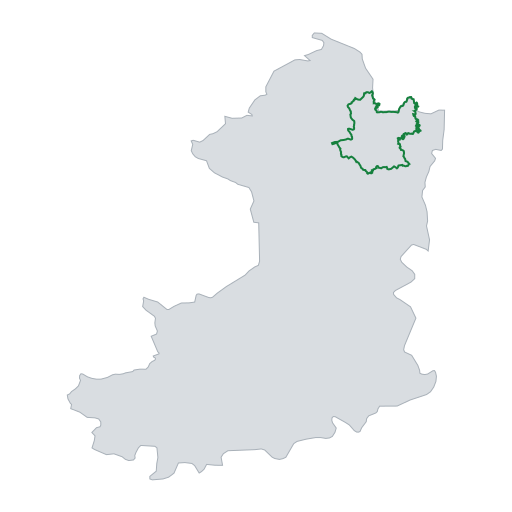 location of Gaoual, Gaoual, Guinea, rotated 89°
{"feature_id": "49546643B28661548838550", "entity_name": "Gaoual", "entity_type": "district", "adm_level": 2, "iso_a3": "GIN", "parent_name": "Guinea", "parent_adm1": "Gaoual", "projection": "natural_earth1", "projection_center": [-13.638, 11.692], "detail": "fine", "context": "in_parent", "style": "outline", "palette": "green", "viewbox_px": 512, "rotation_deg": 89, "n_neighbors": 0, "source": "geoboundaries", "source_scale": "gbopen_adm2", "svg_char_len": 9551}
<svg xmlns="http://www.w3.org/2000/svg" viewBox="0 0 512 512"><g transform="rotate(89 256 256)"><path d="M321.2,358.3L316.5,357.6L314.5,358.6L308.3,366.9L304.6,370.2L298.9,369.1L296.9,369.7L295.3,368.8L297.4,364.2L300.3,355.1L307.9,346.0L308.0,344.1L304.9,338.8L301.7,331.5L301.7,323.7L301.0,318.1L294.3,316.5L293.1,315.6L292.9,313.7L296.7,304.0L297.0,302.0L296.5,300.2L292.4,295.3L286.0,286.1L274.9,267.2L270.8,263.2L266.9,257.4L265.4,253.8L261.3,252.5L222.9,252.7L222.2,257.6L209.0,260.9L200.9,257.1L191.8,259.3L187.4,261.9L184.0,272.9L182.1,275.2L180.2,280.2L178.4,282.9L176.4,288.3L172.1,296.1L167.6,301.1L159.9,303.8L157.5,312.0L155.7,315.0L152.8,317.4L149.6,318.9L143.3,317.3L139.8,318.8L139.2,316.8L141.2,310.3L139.6,306.9L133.6,300.2L133.0,297.0L131.1,292.8L123.2,284.2L115.8,284.7L117.9,277.5L117.8,267.9L115.2,262.6L115.9,257.3L114.5,257.6L112.0,261.3L108.0,260.1L99.9,254.4L95.9,248.9L95.4,244.1L94.5,242.3L92.0,243.3L87.0,243.2L71.5,234.8L60.6,213.7L60.3,208.9L61.9,200.7L61.5,198.5L56.5,204.0L55.5,200.3L51.7,191.8L50.6,187.0L46.9,184.8L43.9,184.4L41.6,186.0L38.6,195.9L36.4,195.9L34.0,193.8L34.5,186.4L40.5,177.1L50.4,153.8L54.0,148.4L56.2,146.5L60.9,146.3L70.1,143.2L81.3,135.9L89.9,136.5L100.1,135.6L113.3,130.6L113.4,114.9L113.0,111.4L108.3,108.3L105.6,105.6L103.2,102.1L100.3,99.6L100.4,97.0L106.3,93.7L111.7,93.7L113.5,92.4L114.8,90.2L116.3,84.5L116.9,78.6L113.3,70.6L113.5,64.9L132.9,65.7L143.6,67.3L152.3,67.7L153.7,69.0L152.5,74.5L153.6,77.8L156.6,78.6L161.5,74.8L164.0,75.7L169.5,80.4L174.5,81.7L180.1,84.3L185.3,85.8L189.9,85.6L193.4,88.3L199.9,89.1L208.2,85.7L214.8,84.2L224.0,83.8L228.9,85.0L242.9,82.2L254.0,83.8L252.3,85.6L247.2,98.2L247.8,100.4L259.1,111.0L261.8,111.8L264.8,110.4L269.7,105.4L273.5,100.1L277.1,97.6L281.4,97.7L284.8,101.5L292.9,117.2L294.9,119.2L296.8,119.1L300.3,116.2L302.1,112.8L309.5,102.4L320.9,97.2L348.2,109.1L352.3,110.0L354.6,109.1L358.0,102.1L368.2,96.1L373.2,94.4L376.0,94.2L377.0,92.3L377.5,89.4L377.0,86.4L373.8,81.1L373.7,79.5L375.5,78.5L379.4,77.7L384.5,78.3L390.2,80.6L394.8,83.9L397.5,87.9L402.7,104.5L408.5,117.5L408.3,135.0L410.9,136.7L413.7,137.5L415.0,138.9L417.8,146.1L420.5,148.2L423.6,148.7L429.5,153.3L433.3,155.1L433.9,156.5L433.8,158.4L432.3,160.8L426.6,165.6L423.8,169.8L418.0,179.7L417.9,181.5L419.1,182.8L421.5,183.1L424.1,182.4L429.4,178.8L433.6,180.1L437.7,182.8L439.2,185.7L439.6,189.4L438.7,194.3L438.6,199.7L440.0,209.0L442.1,218.2L444.2,221.5L457.8,229.7L459.1,232.7L459.8,236.1L458.8,240.8L457.4,243.4L450.1,250.7L449.0,254.1L449.6,260.5L450.2,287.5L453.1,292.1L456.6,294.4L464.7,293.1L464.5,300.6L463.5,309.0L468.2,311.6L470.6,314.2L472.0,316.6L464.5,321.0L462.3,323.7L461.3,330.7L461.6,337.2L471.7,341.8L475.6,347.2L477.3,352.9L478.0,363.5L477.1,366.0L474.5,366.0L469.4,359.5L461.6,358.8L455.8,357.6L446.1,358.4L444.5,360.4L443.4,374.5L445.7,376.9L450.4,379.5L453.4,380.7L455.9,380.4L457.8,382.1L458.3,386.8L457.0,390.2L454.4,393.3L451.3,401.5L452.0,409.0L446.6,420.9L445.0,423.3L437.8,420.9L433.0,420.1L429.6,423.2L424.9,418.5L424.0,414.9L422.3,414.1L419.2,414.1L416.2,416.1L415.0,419.9L414.4,427.6L409.1,434.8L405.4,443.9L401.1,443.0L400.2,444.1L395.6,446.5L391.7,447.1L390.6,444.7L388.3,442.8L385.7,438.9L382.8,435.8L377.3,433.6L375.1,434.6L372.5,434.4L370.7,433.1L371.0,431.3L373.9,426.6L375.5,422.2L376.4,417.5L376.4,413.0L374.8,406.6L372.3,401.6L371.7,398.7L372.0,394.5L371.4,390.6L370.6,388.6L369.4,381.3L367.9,379.9L367.1,374.0L367.3,368.0L365.1,365.7L361.7,364.1L359.7,361.7L358.5,359.1L357.3,358.3L356.2,358.5L355.3,360.1L354.2,360.5L352.2,354.8L351.4,354.6L350.0,355.9L334.4,362.2L332.3,356.8L329.3,355.9L324.2,358.0L321.2,358.3Z" fill="#d9dde1" stroke="#a8b0b8" stroke-width="1"/><path d="M106.0,160.9L107.3,161.8L108.2,161.6L108.9,161.3L109.5,160.6L110.2,160.1L112.1,159.4L113.0,158.7L113.3,158.8L115.1,158.5L115.6,158.7L116.1,159.2L119.1,158.8L119.7,158.5L121.4,157.2L122.7,155.5L123.9,155.3L125.6,155.4L126.5,155.7L127.0,155.6L128.5,156.0L129.1,155.7L130.7,155.7L131.1,156.0L131.5,157.1L130.3,160.7L130.5,161.7L131.5,161.8L132.4,161.4L133.7,160.2L135.1,159.5L136.4,158.5L137.8,158.4L138.5,157.9L140.3,157.8L140.8,158.0L141.3,159.1L140.3,161.9L140.4,162.6L141.0,163.7L141.5,166.1L141.8,169.4L143.3,172.1L143.4,175.2L144.4,178.0L145.5,177.6L145.1,176.0L144.3,173.9L144.1,172.9L144.5,172.7L145.5,172.6L146.1,172.4L146.8,171.9L149.2,170.6L149.6,170.1L150.2,169.7L150.6,169.9L151.3,170.0L153.2,169.3L153.5,169.1L155.0,169.3L156.0,168.9L156.3,169.1L156.7,168.8L157.2,168.8L157.6,168.9L158.3,168.1L158.8,167.1L158.8,166.3L158.0,164.4L157.9,163.5L160.0,161.6L158.9,160.3L158.3,158.9L159.4,157.2L160.6,156.0L161.5,155.2L163.4,154.2L163.1,154.0L163.3,153.8L164.1,152.6L165.1,151.4L166.2,151.0L167.3,150.2L168.2,149.8L169.5,149.5L170.1,148.9L170.5,148.0L171.5,147.6L171.9,146.5L171.9,145.3L172.2,145.0L173.0,144.8L173.6,144.0L174.8,142.9L175.1,142.5L175.5,143.0L175.7,142.7L175.4,142.1L175.0,141.4L174.7,140.6L174.9,140.5L175.3,139.7L175.3,139.0L174.9,138.5L174.1,139.3L173.8,138.6L173.4,138.7L173.3,138.3L172.9,138.4L172.7,138.0L172.3,138.2L172.3,137.4L171.5,137.2L171.2,136.6L171.1,135.7L170.4,134.6L170.3,134.1L169.6,134.4L168.8,134.1L168.2,133.4L168.2,132.7L169.1,132.2L170.0,131.5L170.1,130.4L170.5,129.3L169.5,127.8L169.3,126.5L169.5,125.2L169.2,123.8L170.3,123.3L171.1,123.3L171.6,122.3L171.7,121.7L171.2,119.3L168.8,116.4L169.8,114.8L170.8,113.6L170.1,112.8L169.4,112.4L168.5,112.2L168.0,111.9L167.9,110.9L167.8,110.2L167.5,108.1L168.3,107.8L168.2,106.7L168.9,105.2L168.8,104.2L168.4,103.5L168.6,102.8L168.3,102.6L168.2,102.3L167.7,102.0L166.8,101.7L166.6,101.1L166.3,101.3L165.9,101.9L165.0,102.3L164.7,102.8L164.2,103.3L164.0,104.0L163.7,104.8L161.5,105.2L161.1,105.7L160.2,106.0L159.5,106.4L158.9,106.9L158.2,106.7L157.5,106.6L156.1,106.2L155.6,106.3L155.4,106.2L153.7,106.4L153.1,107.0L152.7,108.0L152.5,108.3L152.5,109.2L152.2,109.3L151.7,109.4L151.0,109.6L150.9,110.1L150.6,110.4L149.9,110.5L149.1,109.6L147.8,110.1L146.9,110.1L146.4,110.4L146.3,111.1L146.5,111.4L146.3,111.9L145.9,111.7L145.1,111.6L144.6,111.7L144.0,111.9L143.3,111.9L143.0,111.7L142.0,111.7L141.4,112.0L140.8,112.2L140.4,111.6L140.5,111.0L140.9,110.9L142.0,111.0L142.2,110.7L142.2,110.2L141.7,110.0L140.7,109.9L140.9,108.8L141.1,108.1L141.5,107.6L141.8,107.0L141.5,106.5L140.7,106.1L140.4,105.8L139.4,105.5L139.2,105.8L139.1,106.3L139.2,107.2L139.7,106.9L140.6,107.0L140.5,107.7L139.9,108.3L138.8,108.1L138.4,107.9L137.8,107.0L137.4,106.3L137.6,105.7L136.5,106.0L136.3,105.4L135.9,104.9L135.7,104.3L136.6,103.6L137.2,103.2L137.0,102.5L136.1,102.4L135.8,101.3L136.3,100.4L136.5,100.0L136.5,99.3L136.3,98.1L136.7,97.8L136.7,97.0L135.7,96.4L134.5,95.9L134.0,95.4L133.9,94.2L133.5,93.8L132.3,93.4L132.7,92.9L133.3,92.7L134.4,92.6L134.9,92.5L135.1,92.3L135.5,91.6L135.3,91.2L134.7,90.9L134.1,92.0L133.5,92.0L133.3,91.7L133.8,90.8L134.0,90.1L133.6,89.3L133.2,89.5L132.6,90.8L132.0,91.0L131.3,90.9L130.7,91.3L130.7,91.6L130.9,92.9L130.7,93.3L129.9,92.5L129.5,91.9L128.9,90.4L128.5,90.1L128.1,90.1L127.8,90.4L127.4,91.3L127.4,91.9L127.9,92.3L128.8,92.8L129.0,93.1L129.0,93.5L128.7,93.8L128.2,93.5L127.7,93.1L127.4,93.0L127.0,93.1L126.4,92.6L125.8,91.8L125.4,91.4L124.9,91.3L124.7,91.4L124.4,91.7L124.5,93.1L124.1,93.4L123.8,93.1L123.3,91.9L122.9,91.5L122.5,91.8L122.1,92.5L121.9,93.3L121.7,93.9L121.1,94.2L120.4,94.3L120.1,94.2L119.4,94.4L119.1,95.0L118.8,95.7L118.2,96.0L117.5,96.2L116.9,96.3L117.0,95.8L117.5,95.2L117.6,94.5L117.1,94.1L116.5,93.9L115.7,94.1L114.6,94.1L114.1,94.8L114.1,94.7L113.5,94.8L113.3,94.6L112.6,93.2L111.9,92.7L111.5,92.7L111.4,92.8L111.0,93.7L110.8,94.3L110.7,94.5L109.4,94.5L109.3,94.4L108.9,94.0L108.9,93.8L108.9,93.5L109.5,93.1L109.6,92.8L109.6,91.8L109.5,91.3L109.3,91.2L109.0,91.7L108.8,92.3L107.9,94.0L107.7,94.0L107.6,93.8L107.4,93.1L107.5,92.5L107.4,92.2L107.1,92.1L106.0,92.3L105.5,92.6L105.4,92.8L106.0,93.4L106.1,93.7L106.1,94.3L105.8,95.2L102.4,95.6L102.0,95.7L101.9,96.4L101.8,97.0L101.5,97.4L101.2,97.9L99.8,98.1L99.8,99.4L100.0,99.7L100.3,100.4L100.3,100.9L100.5,101.4L101.2,102.1L101.5,102.1L103.3,102.5L104.2,102.8L104.5,103.2L104.4,104.0L104.5,104.2L104.9,104.7L105.3,105.1L106.5,105.6L107.3,105.8L108.1,106.2L108.3,106.4L108.5,106.8L108.8,108.6L109.3,108.8L109.6,109.2L111.5,110.3L114.5,111.0L114.9,111.3L115.1,111.7L115.0,112.0L114.8,112.2L114.5,114.1L114.3,116.0L114.3,118.1L114.2,118.9L114.0,119.6L114.0,120.3L114.0,121.2L114.4,123.0L114.4,125.4L114.5,125.9L114.5,126.8L114.3,127.2L114.1,127.6L114.0,128.9L114.3,129.6L114.4,130.0L114.5,132.4L114.3,132.7L113.4,132.8L112.8,133.0L112.1,133.6L112.0,133.9L111.7,134.2L111.0,134.3L110.7,133.8L110.6,133.7L110.5,134.0L110.3,134.1L109.9,133.7L109.3,133.6L109.3,132.6L109.7,132.4L109.7,132.2L109.5,131.9L109.2,132.1L109.1,132.4L108.9,132.6L108.0,132.8L107.6,131.9L107.3,131.8L107.3,131.4L107.4,131.2L107.9,131.1L107.8,130.7L107.4,130.2L106.8,130.0L106.0,129.9L105.6,130.5L105.5,131.1L105.7,131.6L106.0,131.7L106.3,131.1L106.5,131.5L106.4,132.0L105.9,132.9L105.9,133.5L105.7,134.0L105.0,135.4L105.1,135.6L103.4,135.6L102.9,135.4L102.0,134.8L101.7,134.7L101.2,135.2L100.8,135.9L100.6,136.2L100.4,136.2L97.4,137.1L97.0,137.0L96.1,136.5L95.1,136.3L94.6,136.7L93.7,136.8L93.3,137.3L94.5,138.7L95.0,139.8L94.3,141.0L94.1,142.3L94.4,142.8L94.5,143.3L95.3,143.7L95.1,144.9L95.9,145.2L97.5,145.3L98.6,145.9L101.6,149.1L101.4,151.1L100.5,153.2L100.2,153.4L99.8,154.0L100.2,154.2L100.7,153.9L101.0,154.0L101.1,155.0L101.5,155.4L102.0,155.3L102.6,155.7L102.6,156.0L103.6,156.9L104.0,157.7L104.9,157.8L105.0,158.2L105.5,158.7L105.6,159.7L106.0,160.9Z" fill="none" stroke="#15803d" stroke-width="2"/></g></svg>